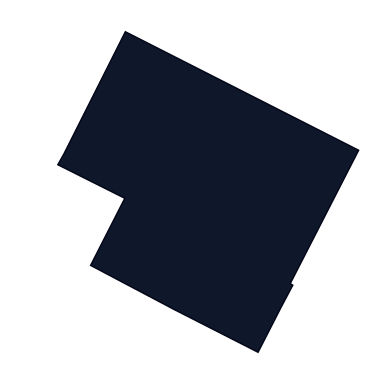 the district of Sawyer, Wisconsin, United States of America, rotated 207°
{"feature_id": "52423323B73952033582421", "entity_name": "Sawyer", "entity_type": "district", "adm_level": 2, "iso_a3": "USA", "parent_name": "United States of America", "parent_adm1": "Wisconsin", "projection": "albers", "projection_center": [-91.112, 45.898], "detail": "fine", "context": "isolated", "style": "filled", "palette": "ink", "viewbox_px": 384, "rotation_deg": 207, "n_neighbors": 0, "source": "geoboundaries", "source_scale": "gbopen_adm2", "svg_char_len": 319}
<svg xmlns="http://www.w3.org/2000/svg" viewBox="0 0 384 384"><g transform="rotate(207 192 192)"><path d="M324.1,304.5L323.4,167.8L323.9,155.4L249.0,155.9L249.0,118.2L249.0,80.6L154.6,79.2L60.4,79.2L60.3,129.6L59.9,154.7L62.9,155.0L62.5,304.8L324.1,304.5Z" fill="#0f172a" stroke="#020617" stroke-width="1.5"/></g></svg>